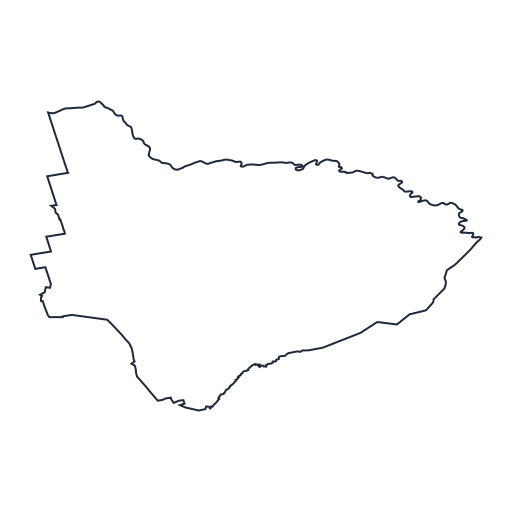 Dunikas pag., Rucavas, Latvia (Natural Earth projection)
{"feature_id": "27541924B90244884039067", "entity_name": "Dunikas pag.", "entity_type": "district", "adm_level": 2, "iso_a3": "LVA", "parent_name": "Latvia", "parent_adm1": "Rucavas", "projection": "natural_earth1", "projection_center": [21.341, 56.279], "detail": "fine", "context": "isolated", "style": "outline", "palette": "slate", "viewbox_px": 512, "rotation_deg": 0, "n_neighbors": 0, "source": "geoboundaries", "source_scale": "gbopen_adm2", "svg_char_len": 6049}
<svg xmlns="http://www.w3.org/2000/svg" viewBox="0 0 512 512"><path d="M40.9,297.6L41.1,301.1L42.7,301.1L44.4,306.3L47.9,315.3L49.4,317.1L62.7,317.1L62.7,316.4L71.8,314.9L107.1,319.7L110.7,323.1L121.1,334.1L126.0,339.9L129.1,343.2L131.2,347.2L132.0,349.5L133.4,357.1L133.5,359.0L134.6,361.5L131.5,363.7L134.9,365.7L135.9,370.1L136.0,372.6L137.0,376.5L145.9,386.6L149.6,391.2L157.8,400.7L162.7,399.8L165.6,398.5L170.8,397.6L171.1,399.1L173.7,402.9L179.2,400.6L183.4,400.2L184.5,403.7L180.0,405.1L185.2,407.4L198.7,410.5L205.4,409.1L206.1,406.5L208.3,406.6L209.8,407.0L210.0,407.2L209.8,408.1L209.8,408.3L210.2,408.5L210.4,408.5L211.3,407.3L211.4,406.5L212.4,406.7L212.6,406.5L214.0,404.6L216.0,402.7L217.4,401.2L217.5,400.7L219.1,399.1L218.5,398.7L218.4,398.0L218.9,397.3L219.4,397.0L219.3,396.4L220.3,395.3L220.7,394.5L222.1,394.4L223.7,393.8L223.9,393.6L223.9,393.1L225.2,391.9L225.6,390.6L226.1,390.0L226.5,389.6L227.6,389.3L229.1,388.1L229.3,387.5L229.9,386.9L229.8,386.3L233.1,383.9L234.3,382.4L235.7,381.0L235.4,380.3L235.5,380.0L236.7,379.8L237.4,378.7L238.4,377.8L237.8,377.5L238.2,376.5L240.3,375.4L241.0,374.8L241.0,374.6L240.7,374.4L240.7,374.2L242.2,373.3L243.0,371.9L243.9,371.3L247.4,370.5L248.1,370.2L247.8,369.8L247.8,369.6L248.4,368.8L249.1,368.3L249.6,367.5L250.2,367.3L250.9,366.4L251.6,366.1L252.1,365.5L253.7,364.6L255.0,364.1L255.4,364.2L255.3,364.8L255.6,365.0L257.2,364.5L259.5,364.6L259.2,365.0L259.4,365.3L258.5,365.8L258.4,366.0L259.5,366.7L259.6,367.0L260.5,366.5L260.3,366.1L262.4,365.5L262.7,365.7L263.2,365.7L263.7,366.0L263.8,366.5L265.1,366.4L266.0,366.6L266.0,366.2L266.4,365.9L266.2,365.0L267.1,364.7L268.0,363.9L271.1,363.6L272.7,362.6L272.6,361.9L273.1,361.4L274.6,361.6L276.0,361.1L276.2,360.8L276.2,359.8L276.4,359.6L278.3,359.2L278.8,359.0L278.8,357.2L279.1,356.7L280.7,356.2L285.2,355.8L287.0,353.9L288.7,353.1L297.1,351.4L300.6,351.8L302.3,350.5L308.7,350.3L322.1,347.8L323.5,347.4L360.6,332.8L376.9,322.2L378.9,322.2L396.9,324.5L409.6,314.3L425.7,310.4L426.5,309.8L433.1,302.4L433.7,299.2L444.3,288.7L445.8,284.3L445.8,281.4L444.5,278.0L446.9,270.2L454.8,264.9L469.6,250.5L476.8,242.2L480.3,239.2L481.3,237.5L478.8,237.1L477.0,237.1L475.9,237.6L474.5,237.2L472.9,237.4L472.4,237.2L472.1,237.0L472.0,236.6L472.9,235.4L473.3,233.7L473.0,233.1L472.3,232.8L469.7,233.1L465.6,232.7L461.5,232.7L460.9,232.5L460.6,232.2L460.7,231.9L461.0,231.4L462.0,230.9L463.8,229.2L464.4,228.4L464.5,227.5L464.2,226.9L462.8,225.8L459.3,224.8L458.9,224.4L459.0,223.3L460.0,222.2L461.0,221.6L463.6,220.8L466.2,220.8L466.8,220.2L466.6,219.9L465.1,219.3L463.6,218.3L460.6,217.8L459.7,217.1L459.0,215.7L458.8,214.8L459.1,213.7L459.6,212.8L461.1,212.1L462.1,211.4L462.5,210.9L462.6,210.2L462.2,209.9L459.3,209.0L458.5,208.3L455.5,204.7L455.0,204.4L451.5,202.8L449.9,203.0L447.7,204.3L446.1,204.5L445.3,204.3L443.3,202.9L442.9,202.9L441.0,203.3L437.9,205.0L435.4,205.5L432.9,205.2L429.9,204.1L429.1,203.4L427.1,200.9L425.6,200.3L422.7,200.8L419.8,201.9L418.3,201.9L418.3,201.5L418.6,201.1L420.5,200.5L420.8,200.2L420.6,198.8L420.7,198.0L421.0,197.8L420.5,196.9L419.1,196.2L413.3,196.7L411.3,197.1L410.4,196.9L409.8,195.8L410.5,194.3L412.4,192.5L412.4,192.0L412.2,191.6L410.5,191.2L405.4,191.7L404.6,191.4L403.9,190.9L403.2,189.9L399.6,187.6L398.5,186.3L398.3,185.4L399.0,184.5L401.8,182.7L402.1,181.9L401.9,181.4L400.9,180.9L398.6,180.9L397.8,180.7L395.2,177.9L394.4,177.5L392.8,177.3L389.6,178.5L388.4,178.7L387.0,178.4L385.5,177.7L382.1,176.8L380.7,177.0L379.8,177.4L378.3,177.8L376.4,177.7L374.4,176.9L372.6,175.6L372.4,175.0L372.7,174.6L372.6,173.8L369.6,172.8L368.1,173.2L367.0,173.2L358.9,170.9L356.5,170.7L355.5,171.0L353.3,172.2L352.1,172.6L346.9,173.0L346.4,172.8L345.9,172.2L345.5,172.2L345.0,171.8L340.4,171.7L339.5,171.4L339.2,170.4L340.2,169.6L341.7,168.7L341.9,168.4L341.4,167.4L340.3,166.9L339.0,166.9L338.8,166.6L338.9,166.2L339.4,164.2L339.2,163.5L337.5,161.6L336.9,161.2L335.8,160.9L332.6,160.8L328.5,159.6L326.8,159.5L324.4,160.2L322.0,161.4L320.1,162.5L318.7,164.4L318.1,164.8L317.3,164.9L316.7,164.8L316.1,164.3L316.2,163.6L317.1,161.4L317.0,160.7L316.5,160.3L315.0,160.1L309.0,162.7L305.1,165.3L304.4,166.2L303.1,168.7L302.2,169.3L298.9,170.4L297.1,170.2L296.2,169.9L295.8,169.5L295.7,168.1L295.9,167.9L298.1,167.1L299.3,167.0L300.3,167.1L301.8,166.7L302.5,166.0L302.2,165.5L301.1,164.7L299.9,164.6L295.3,165.0L294.4,164.7L292.4,162.8L291.9,162.6L289.0,162.5L286.9,162.9L285.8,162.9L281.4,162.3L279.2,162.3L276.9,162.6L269.2,162.8L266.8,163.2L262.7,164.4L260.0,164.9L258.1,165.0L252.4,164.4L247.9,164.7L247.0,164.8L243.5,166.5L241.7,166.6L241.0,166.4L240.7,166.1L241.6,163.8L241.7,163.3L241.6,162.9L240.7,161.9L240.2,161.6L236.3,162.0L235.3,161.8L232.4,160.6L227.4,159.7L225.1,159.6L221.2,160.6L216.5,161.2L211.5,162.6L209.1,163.5L208.0,163.8L207.2,163.8L205.5,163.3L201.4,161.2L199.7,161.1L194.3,162.9L190.8,164.5L187.5,165.5L185.8,166.2L184.6,166.5L182.7,167.8L178.0,169.6L177.2,169.7L175.0,169.4L173.7,168.8L173.0,168.3L172.1,167.4L170.9,165.4L169.1,164.0L166.7,163.4L162.0,162.9L161.0,162.2L159.3,160.6L152.7,159.0L150.0,157.1L148.7,155.5L148.9,153.7L150.1,149.3L149.9,148.0L149.3,147.0L148.7,146.4L144.6,144.1L143.9,143.0L143.4,141.9L143.3,141.0L141.8,139.8L139.3,138.7L138.3,138.5L135.7,138.9L134.4,138.3L133.1,135.9L132.4,133.4L132.1,130.8L131.6,128.6L131.0,127.1L130.4,126.7L127.1,125.0L125.6,122.9L124.0,121.5L122.9,119.2L122.4,116.4L122.1,116.0L121.3,115.6L120.7,115.5L118.5,115.7L116.4,115.2L114.9,113.9L112.9,110.8L108.1,108.2L104.5,107.0L103.2,104.9L99.7,101.8L98.5,101.5L97.4,101.7L96.7,102.0L95.0,103.6L93.5,104.2L82.8,107.6L77.1,107.7L71.1,108.2L66.1,108.4L64.3,108.8L62.1,109.6L59.5,110.9L54.2,113.2L50.6,113.1L48.1,112.5L65.2,164.7L67.8,172.5L68.0,172.8L47.2,176.3L56.5,205.0L51.3,205.8L54.9,208.7L55.2,210.0L55.5,212.2L55.9,212.9L58.1,214.8L59.5,219.5L60.2,219.3L62.8,226.8L63.6,229.9L64.2,230.5L64.9,233.7L46.3,236.7L51.0,251.5L30.7,254.8L35.3,268.9L45.4,267.2L50.9,284.1L49.9,287.8L45.8,287.2L44.7,292.2L40.1,294.8L42.2,296.0L40.9,297.6Z" fill="none" stroke="#1e293b" stroke-width="2"/></svg>